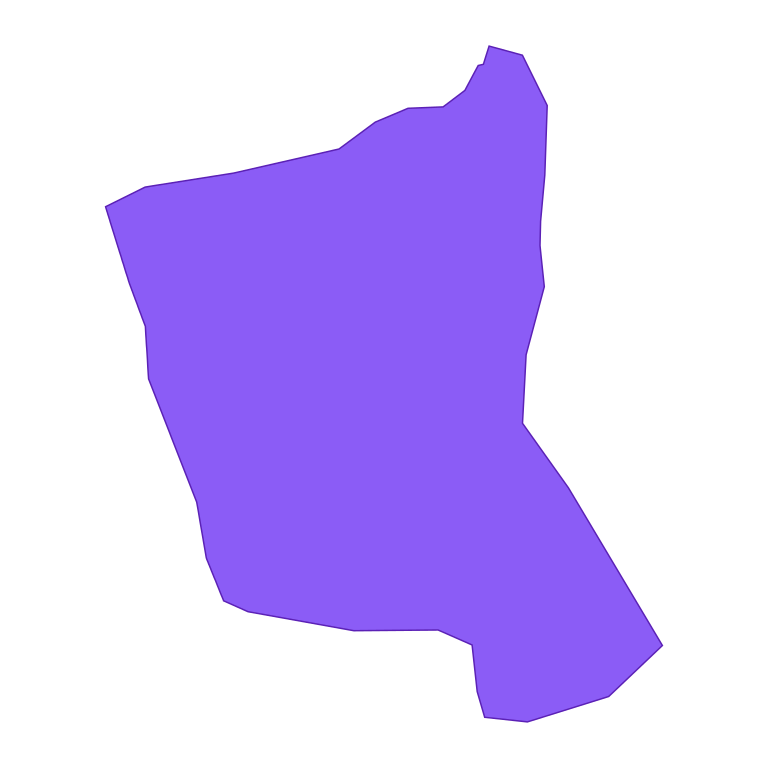 outline of Abyei, South Kordufan, Sudan
{"feature_id": "16777658B55499418827559", "entity_name": "Abyei", "entity_type": "district", "adm_level": 2, "iso_a3": "SDN", "parent_name": "Sudan", "parent_adm1": "South Kordufan", "projection": "robinson", "projection_center": [27.441, 10.846], "detail": "fine", "context": "isolated", "style": "filled", "palette": "violet", "viewbox_px": 768, "rotation_deg": 0, "n_neighbors": 0, "source": "geoboundaries", "source_scale": "gbopen_adm2", "svg_char_len": 2393}
<svg xmlns="http://www.w3.org/2000/svg" viewBox="0 0 768 768"><path d="M109.5,219.4L110.3,222.2L110.4,222.5L111.3,225.4L111.9,227.3L113.1,231.2L113.2,231.4L115.7,239.5L116.6,242.4L117.1,244.1L117.5,245.2L117.6,245.6L117.9,246.7L118.0,247.0L118.3,247.8L118.9,249.8L119.1,250.4L119.5,251.8L120.3,254.2L121.3,257.3L121.7,258.8L122.4,261.1L123.6,264.7L124.0,266.1L124.5,267.8L124.8,268.6L124.8,268.8L125.4,270.7L125.5,271.1L126.3,273.6L126.6,274.4L127.0,275.7L127.7,277.8L128.6,281.0L129.0,282.1L129.1,282.5L129.4,283.3L129.5,283.7L129.6,284.0L130.2,285.5L130.3,285.9L130.8,287.1L131.8,289.9L131.9,290.3L132.2,290.8L132.7,292.3L132.9,292.8L133.2,293.6L133.6,294.8L134.4,296.9L135.0,298.4L135.0,298.6L136.1,301.4L137.6,305.4L137.7,305.8L139.4,310.4L140.3,312.8L140.5,313.2L142.1,317.7L142.8,319.5L143.4,321.1L145.4,326.4L145.4,326.7L145.8,334.3L146.1,338.7L146.4,344.0L146.5,345.6L146.8,349.1L147.4,358.9L147.5,360.7L147.8,366.8L148.3,375.0L148.6,379.0L149.1,380.2L156.8,399.9L169.3,431.9L169.7,432.9L171.1,436.6L177.0,451.7L196.7,502.1L198.3,511.1L199.3,517.1L199.9,520.7L200.4,523.6L201.0,527.1L202.9,537.9L203.2,539.7L203.3,540.4L205.1,550.8L206.0,556.1L206.2,557.3L206.4,558.1L206.8,559.3L207.5,561.0L207.9,561.9L208.3,562.9L208.6,563.8L209.0,564.7L209.2,565.1L209.3,565.3L209.4,565.6L209.6,566.1L209.8,566.7L209.9,566.9L210.2,567.6L210.8,569.0L210.9,569.4L211.1,569.9L211.3,570.3L211.4,570.7L211.8,571.6L211.9,571.8L212.2,572.6L212.6,573.6L212.9,574.3L213.1,574.8L213.4,575.5L213.8,576.6L214.2,577.6L214.3,577.8L214.5,578.2L214.6,578.5L215.0,579.4L215.6,580.8L216.7,583.6L217.6,585.9L217.8,586.4L218.4,587.8L218.5,588.1L218.6,588.4L219.3,590.0L219.4,590.4L220.7,593.6L221.1,594.6L221.6,595.8L221.8,596.2L222.3,597.4L222.7,598.4L223.1,599.4L223.3,599.9L223.6,600.6L223.6,600.8L248.0,611.7L353.8,630.7L438.1,630.0L472.1,645.0L477.2,691.6L484.7,717.3L527.4,721.9L608.7,696.5L662.4,645.5L568.4,487.8L522.5,423.3L526.1,354.8L544.3,286.7L541.2,257.2L540.0,245.5L540.6,221.3L544.8,175.2L547.2,105.5L522.4,55.2L489.1,46.1L486.0,55.9L483.4,64.3L478.2,65.5L474.1,73.1L464.9,90.4L443.1,106.9L408.0,108.3L375.3,122.1L339.0,149.0L233.6,173.1L155.0,185.5L145.1,187.1L105.6,206.7L105.7,207.1L106.0,208.2L106.1,208.4L106.2,208.9L106.4,209.4L107.0,211.5L107.2,211.9L107.9,214.4L108.1,215.0L108.6,216.5L109.1,218.2L109.3,218.8L109.4,219.0L109.5,219.4Z" fill="#8b5cf6" stroke="#5b21b6" stroke-width="1.5"/></svg>